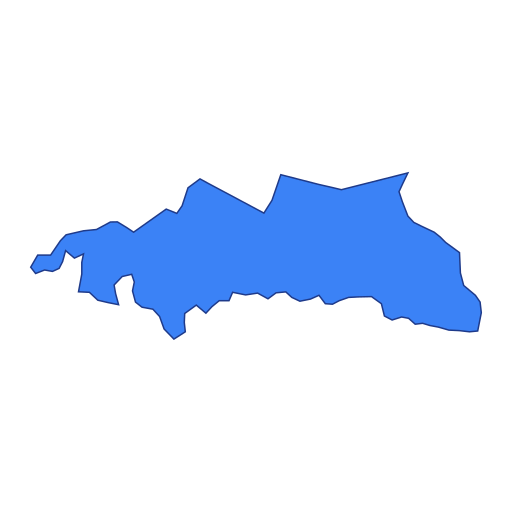 Nova Santa Bárbara, Paraná, Brazil
{"feature_id": "56859067B73419127296290", "entity_name": "Nova Santa Bárbara", "entity_type": "district", "adm_level": 2, "iso_a3": "BRA", "parent_name": "Brazil", "parent_adm1": "Paraná", "projection": "robinson", "projection_center": [-50.754, -23.594], "detail": "fine", "context": "isolated", "style": "filled", "palette": "blue", "viewbox_px": 512, "rotation_deg": 0, "n_neighbors": 0, "source": "geoboundaries", "source_scale": "gbopen_adm2", "svg_char_len": 1360}
<svg xmlns="http://www.w3.org/2000/svg" viewBox="0 0 512 512"><path d="M477.7,331.0L481.3,312.7L480.1,302.1L475.4,295.3L463.7,285.5L460.4,273.0L459.5,252.6L445.7,242.5L440.2,237.0L434.2,232.2L421.5,226.2L413.8,222.4L407.9,216.1L402.3,201.6L399.0,191.7L402.7,183.7L407.9,172.9L341.4,189.7L332.2,187.5L318.6,184.4L280.8,174.7L272.0,200.3L263.9,213.1L207.3,182.9L200.0,178.9L188.0,187.8L182.1,205.8L176.8,213.4L166.2,209.1L133.6,232.2L126.6,227.5L117.4,221.9L110.4,222.0L96.5,229.5L83.5,230.8L66.1,234.8L60.5,240.6L50.6,255.1L37.7,255.1L30.7,267.2L35.6,273.5L44.6,270.0L52.5,271.4L59.1,268.4L62.6,261.6L65.6,250.6L74.4,258.1L83.5,253.9L81.8,262.4L81.8,274.0L78.5,291.8L89.4,292.3L97.8,300.2L108.1,302.6L118.6,304.7L115.6,293.6L114.1,285.0L122.2,276.5L131.7,274.3L134.3,282.0L132.5,290.9L135.5,302.1L142.0,307.2L152.9,309.2L159.6,316.5L164.1,329.0L173.9,339.1L185.3,331.8L184.3,322.5L184.7,313.5L196.3,305.1L205.9,313.2L211.9,306.7L219.2,300.7L229.0,300.7L232.6,292.3L245.6,294.9L257.6,293.1L268.0,298.8L276.1,292.8L285.8,291.9L291.8,297.4L299.9,301.2L310.4,299.1L319.0,295.3L325.3,303.7L332.5,304.2L339.2,300.7L348.6,297.4L358.4,296.9L371.5,296.6L381.4,303.7L384.4,316.0L392.1,320.0L401.6,317.0L408.6,318.3L415.2,324.2L422.6,323.3L429.9,325.5L438.4,327.1L448.9,330.1L459.2,330.6L469.5,331.8L477.7,331.0Z" fill="#3b82f6" stroke="#1e3a8a" stroke-width="1.5"/></svg>